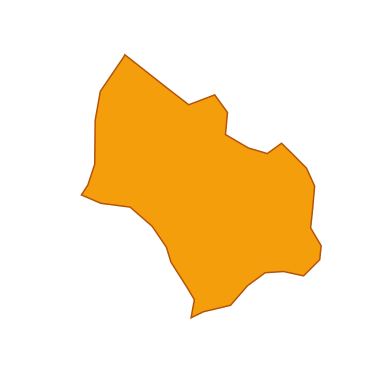 Skurup, Skåne, Sweden (Mercator projection), rotated 131°
{"feature_id": "70781695B43697052539522", "entity_name": "Skurup", "entity_type": "district", "adm_level": 2, "iso_a3": "SWE", "parent_name": "Sweden", "parent_adm1": "Skåne", "projection": "mercator", "projection_center": [13.579, 55.488], "detail": "fine", "context": "isolated", "style": "filled", "palette": "amber", "viewbox_px": 384, "rotation_deg": 131, "n_neighbors": 0, "source": "geoboundaries", "source_scale": "gbopen_adm2", "svg_char_len": 626}
<svg xmlns="http://www.w3.org/2000/svg" viewBox="0 0 384 384"><g transform="rotate(131 192 192)"><path d="M287.5,110.2L275.0,104.9L252.2,88.6L226.1,88.6L204.9,83.8L191.9,70.7L182.1,52.8L166.7,51.7L159.3,51.2L147.8,59.3L141.3,78.9L125.0,90.3L107.1,103.3L104.3,109.4L98.9,121.2L97.3,142.4L96.5,156.4L113.6,160.4L121.8,178.3L126.7,204.4L108.7,217.4L103.8,238.6L128.3,251.7L129.9,279.4L132.5,332.8L134.3,332.2L176.2,327.2L201.4,312.1L234.9,283.6L255.0,275.2L266.8,273.5L260.3,253.3L244.0,228.8L244.0,199.5L250.5,175.0L258.7,162.0L266.9,134.3L271.7,119.6L287.5,110.2Z" fill="#f59e0b" stroke="#b45309" stroke-width="1.5"/></g></svg>